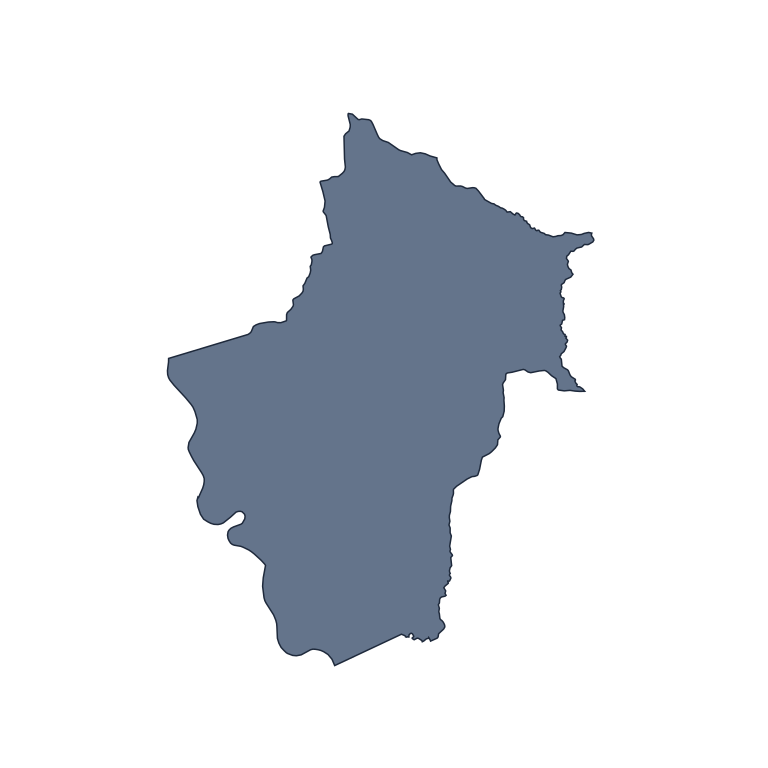 the district of La Unión, Valle del Cauca, Colombia, rotated 137°
{"feature_id": "7082276B77686816472796", "entity_name": "La Unión", "entity_type": "district", "adm_level": 2, "iso_a3": "COL", "parent_name": "Colombia", "parent_adm1": "Valle del Cauca", "projection": "robinson", "projection_center": [-76.127, 4.537], "detail": "fine", "context": "isolated", "style": "filled", "palette": "slate", "viewbox_px": 768, "rotation_deg": 137, "n_neighbors": 0, "source": "geoboundaries", "source_scale": "gbopen_adm2", "svg_char_len": 6171}
<svg xmlns="http://www.w3.org/2000/svg" viewBox="0 0 768 768"><g transform="rotate(137 384 384)"><path d="M191.9,474.9L192.9,476.5L196.4,479.7L196.9,480.9L197.5,486.2L195.9,496.8L195.7,501.6L193.9,507.7L192.4,511.8L191.1,513.3L194.7,519.2L196.9,524.3L199.7,528.3L203.6,531.1L207.5,532.8L209.0,537.3L212.7,543.4L213.5,545.4L216.1,557.7L218.9,562.9L219.8,566.3L219.6,568.2L218.7,571.1L215.0,581.4L214.2,584.4L214.1,585.8L214.9,587.7L219.5,593.0L221.7,594.1L222.5,595.0L223.1,602.9L225.5,606.1L226.1,606.0L227.4,604.6L231.7,596.8L233.6,594.9L237.0,592.9L241.4,593.2L244.3,592.5L259.4,575.5L264.3,569.0L266.3,567.5L268.2,566.7L270.8,566.5L276.0,566.9L278.7,569.4L281.1,571.0L284.1,571.1L286.3,571.7L291.6,575.2L292.5,575.5L293.2,575.1L297.5,566.4L302.3,558.0L307.1,553.8L310.6,552.0L311.0,551.2L311.4,546.7L317.6,536.9L321.3,530.1L323.6,527.3L324.5,524.6L325.5,522.5L326.1,522.0L326.9,522.0L333.3,525.6L334.8,525.6L338.7,522.9L341.0,522.4L346.7,526.0L348.3,526.7L350.5,526.7L350.9,526.6L351.9,524.1L353.0,522.9L355.8,520.8L357.7,520.4L360.0,517.2L362.3,515.5L365.9,513.8L368.0,514.0L373.3,511.6L376.3,511.0L378.3,508.4L380.0,507.0L382.1,506.5L386.1,506.3L391.8,507.8L393.0,507.7L393.7,507.2L396.2,503.7L397.5,502.9L401.3,502.1L405.9,502.2L407.9,501.2L411.9,497.0L412.5,496.9L417.6,499.2L420.0,501.5L421.4,503.9L422.4,504.9L426.3,508.2L433.8,513.1L437.2,514.5L440.3,515.1L445.2,512.9L446.6,512.6L449.5,512.9L524.1,549.6L526.6,547.0L533.3,541.4L535.8,538.4L537.2,535.6L537.9,533.0L538.4,526.4L538.5,509.2L539.0,500.6L539.5,497.3L541.1,492.7L544.8,485.4L547.3,482.7L552.3,479.3L556.1,477.6L566.5,474.3L570.5,471.2L571.7,469.7L572.7,467.2L574.1,462.6L575.4,457.6L577.9,443.4L578.7,440.2L580.0,437.4L582.0,435.3L584.5,433.3L587.6,431.5L597.0,427.5L597.1,428.3L600.3,426.3L603.8,421.2L607.1,413.9L608.1,408.1L606.9,403.5L605.7,400.2L604.0,397.3L601.2,394.4L598.7,392.9L596.2,392.0L587.2,391.3L579.5,391.2L577.6,390.3L575.9,388.9L574.9,387.3L574.8,383.9L575.7,382.1L577.8,380.3L582.6,378.8L584.2,379.0L591.5,382.1L594.5,382.9L597.0,382.8L598.8,382.3L601.5,380.2L603.4,377.4L604.2,375.0L604.7,372.3L604.4,370.2L603.5,368.3L599.4,362.9L598.4,360.8L596.1,354.9L595.4,352.0L594.8,348.2L594.1,339.2L594.1,333.5L594.4,332.1L604.5,324.6L610.7,318.9L617.5,309.5L618.9,306.8L619.6,304.4L622.2,290.4L624.2,285.1L625.9,282.0L627.7,279.7L635.4,270.7L637.6,266.2L638.9,261.5L638.9,257.4L638.7,254.0L638.2,252.4L635.9,247.8L633.4,245.0L629.3,242.4L618.9,239.7L616.9,238.6L615.3,237.0L613.4,234.6L611.9,232.2L610.7,229.4L609.4,224.3L609.8,218.0L612.1,211.7L541.9,189.1L540.5,186.0L540.3,184.9L540.7,184.4L540.0,183.3L539.3,183.2L538.4,182.0L536.7,183.5L534.7,183.5L533.8,182.8L533.6,181.8L534.2,179.4L534.6,179.0L536.7,179.0L536.9,178.5L536.4,176.4L533.1,175.5L532.2,174.4L531.3,170.5L531.8,169.4L530.2,168.9L526.6,168.7L525.3,167.8L524.2,168.2L524.8,165.3L525.3,164.2L518.6,161.9L517.6,161.9L516.7,162.3L514.4,164.1L507.5,164.1L505.3,164.8L504.6,165.5L503.8,166.9L503.1,169.4L503.0,171.7L503.3,172.9L503.1,174.3L500.2,178.2L499.3,180.0L496.5,182.2L494.8,185.5L492.8,186.1L490.2,188.5L488.9,189.1L487.2,189.0L484.1,187.2L482.7,187.1L482.2,189.2L480.0,190.6L479.2,194.2L477.2,194.6L473.0,194.4L472.6,194.6L472.3,195.8L471.8,196.4L470.7,195.3L470.2,195.3L467.5,196.4L467.0,197.1L466.6,199.5L465.8,200.1L464.7,200.3L464.3,201.7L463.4,202.9L461.0,204.5L458.4,205.0L453.8,211.2L453.4,211.6L451.0,211.8L450.5,212.7L450.2,215.8L449.8,216.8L448.2,217.7L446.6,220.6L438.4,226.9L437.1,230.1L433.8,233.6L432.6,236.6L429.4,238.7L427.4,241.7L425.7,243.4L422.4,245.4L418.6,249.2L414.0,252.3L412.1,254.2L409.1,255.7L407.7,256.7L405.5,259.2L404.8,259.6L400.6,259.7L388.0,257.8L382.9,256.3L380.6,254.6L378.3,253.6L377.3,253.6L372.3,256.4L364.7,261.9L361.9,263.4L354.4,261.3L351.5,261.1L346.1,261.3L342.4,262.2L338.8,265.5L335.1,265.9L334.5,266.4L333.6,269.6L332.1,272.5L331.0,273.7L327.1,276.5L321.6,279.0L319.4,279.1L314.6,282.2L311.0,285.8L307.4,290.3L305.5,292.1L302.8,296.4L300.9,298.0L297.7,302.7L296.1,303.5L292.2,304.3L288.2,308.1L286.3,308.0L282.4,305.3L272.2,299.7L271.3,298.3L270.5,294.6L269.0,292.2L261.5,287.6L257.4,284.5L256.7,283.3L256.1,280.8L255.8,275.8L254.6,270.7L257.2,265.7L260.5,262.2L260.6,260.7L256.9,256.1L252.3,252.5L249.1,248.5L246.0,245.2L242.2,241.8L242.0,244.9L242.7,248.0L242.9,248.6L244.1,249.8L244.3,250.9L243.8,251.7L243.1,251.9L243.0,252.7L243.2,253.3L242.5,255.7L242.1,256.2L241.3,256.3L240.9,257.0L242.1,261.7L241.7,264.0L240.2,267.8L240.1,269.2L241.5,273.5L241.6,275.7L237.4,281.2L237.3,283.0L236.9,284.2L235.2,284.4L233.8,285.2L230.2,285.0L226.1,286.4L224.7,287.2L224.5,289.0L223.9,289.7L221.5,289.8L219.8,290.8L219.7,293.6L218.5,293.9L218.1,294.4L219.0,295.5L217.8,296.7L218.3,297.5L218.4,298.6L217.7,300.5L217.6,302.8L215.8,304.1L215.4,306.5L214.9,306.9L213.1,306.7L210.0,308.8L208.1,307.9L206.5,309.3L204.8,311.7L204.2,314.1L203.4,315.4L199.9,318.0L197.9,320.4L198.0,319.1L197.5,320.1L197.6,320.9L197.0,321.6L196.0,322.6L194.1,323.4L193.9,324.4L194.8,325.8L194.9,326.9L193.3,330.4L191.8,330.7L191.3,332.0L190.0,332.1L188.0,333.6L186.9,335.4L186.2,335.7L183.2,335.3L180.8,336.4L179.6,336.5L174.5,334.8L170.9,335.4L170.8,337.3L169.5,339.9L170.0,342.2L169.3,344.7L168.2,346.5L165.6,347.9L165.3,348.7L165.0,351.3L163.2,352.8L160.9,352.7L156.8,353.7L155.3,352.1L154.3,351.7L152.0,352.0L150.1,351.8L146.0,349.4L142.3,349.4L140.2,347.2L139.3,346.6L134.4,345.5L132.4,346.1L131.7,347.3L131.2,350.8L130.1,352.1L129.1,352.6L131.0,355.3L135.0,357.7L137.6,358.7L141.1,361.4L144.1,366.6L148.3,371.4L151.2,371.1L153.2,371.8L155.6,373.8L157.9,374.9L160.0,376.4L162.1,380.7L164.0,383.0L164.1,384.8L166.1,388.3L165.9,390.9L166.5,391.5L167.6,391.8L168.1,392.8L167.6,395.4L169.6,396.6L170.1,398.3L168.9,401.2L169.5,403.4L169.3,404.9L168.7,405.7L169.9,407.8L169.6,409.4L168.6,410.3L168.6,411.7L169.6,412.9L169.7,413.8L169.4,415.2L169.5,417.2L170.3,418.6L170.8,418.8L173.0,418.3L173.7,420.3L174.1,423.9L176.7,425.7L176.5,428.1L176.9,430.0L177.5,431.8L178.6,433.5L179.1,435.8L180.4,438.6L180.7,440.7L182.2,442.7L184.4,449.6L184.6,450.8L184.3,451.2L183.3,460.7L183.3,464.5L184.2,466.0L185.2,467.1L189.7,470.2L190.7,471.6L191.9,474.9Z" fill="#64748b" stroke="#1e293b" stroke-width="1.5"/></g></svg>